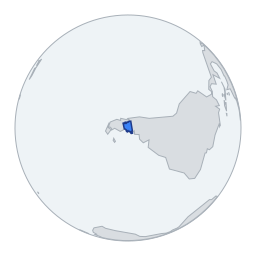 globe centered on Chubut, rotated 81°
{"feature_id": "ARG-1274", "entity_name": "Chubut", "entity_type": "Province", "adm_level": 1, "iso_a3": "ARG", "parent_name": "Argentina", "parent_adm1": "", "projection": "orthographic", "projection_center": [-67.684, -44.0], "detail": "fine", "context": "on_globe", "style": "filled", "palette": "blue", "viewbox_px": 256, "rotation_deg": 81, "n_neighbors": 0, "source": "natural_earth", "source_scale": "10m", "svg_char_len": 4767}
<svg xmlns="http://www.w3.org/2000/svg" viewBox="0 0 256 256"><g transform="rotate(81 128 128)"><circle cx="128" cy="128" r="113" fill="#eef3f6" stroke="#a8b0b8"/><path d="M133.5,15.5L134.2,15.5L135.9,15.6L138.2,15.8L131.3,15.5L130.1,15.4L132.5,15.5L128.8,15.4L123.8,15.6L124.6,15.7L116.1,16.6L116.7,16.9L115.1,17.3L114.8,16.9L115.2,17.9L105.3,20.9L105.6,24.4L101.1,22.4L96.8,23.1L91.7,24.5L91.6,25.0L84.9,26.8L78.5,30.4L75.6,34.6L77.6,36.6L85.1,34.0L87.6,31.5L93.3,29.6L88.7,35.7L98.5,34.0L97.3,38.6L100.1,40.5L105.1,39.0L110.3,39.5L114.1,36.2L120.2,34.3L120.2,38.1L123.7,34.5L127.0,36.2L139.2,36.4L138.2,37.3L148.5,43.1L159.7,47.2L162.2,51.0L160.9,52.9L164.8,54.4L164.8,55.8L180.3,62.9L188.2,70.0L187.9,75.5L181.2,79.6L175.0,93.5L163.0,95.4L159.8,101.9L150.3,111.1L143.0,109.1L145.0,115.2L140.9,118.3L136.2,118.1L135.3,122.4L131.8,122.3L134.1,125.3L128.5,131.1L130.2,136.1L126.2,141.2L127.4,144.4L125.9,144.3L124.3,145.5L124.1,147.3L119.3,144.6L117.7,137.7L119.4,134.1L117.3,133.7L120.7,125.0L118.5,126.9L118.8,114.9L121.8,105.5L123.4,81.8L120.9,77.7L112.2,73.6L101.7,61.0L104.4,55.3L102.2,53.3L109.6,45.5L107.7,40.2L105.1,39.8L102.5,42.2L93.8,40.7L90.9,37.7L65.4,42.3L63.1,42.2L63.6,40.1L57.9,40.0L59.1,42.4L56.3,43.4L54.6,43.4L56.3,41.9L56.1,41.3L55.6,41.7L62.2,36.6L69.2,31.9L76.6,27.8L84.2,24.2L92.1,21.3L100.1,18.9L108.3,17.1L116.7,15.9L125.1,15.4L133.5,15.5ZM104.8,26.1L116.1,27.0L109.5,28.0L110.8,27.4L108.0,26.8L102.7,26.8L96.9,28.5L104.8,26.1ZM110.3,22.9L108.3,23.0L110.3,22.7L110.3,22.9ZM127.5,150.7L119.7,145.7L124.1,147.8L126.9,144.9L131.0,149.0L127.5,150.7ZM135.9,143.7L139.2,142.5L140.1,143.5L137.9,144.6L135.9,143.7ZM231.2,173.1L231.5,171.3L228.1,177.4L227.9,175.7L225.6,178.6L223.5,178.9L221.3,177.2L221.0,169.0L223.6,165.8L227.5,156.3L234.0,137.4L236.9,133.3L238.0,127.9L237.5,111.3L237.8,106.7L237.0,102.6L235.7,99.9L234.5,95.1L233.5,93.0L225.0,82.5L220.7,74.9L211.5,58.8L211.8,56.6L208.9,51.8L209.6,50.3L215.0,56.5L220.0,63.1L224.5,70.0L228.5,77.2L232.0,84.7L234.9,92.4L237.2,100.4L238.9,108.4L240.1,116.6L240.6,124.9L240.5,133.1L239.8,141.3L238.6,149.5L236.7,157.5L234.2,165.4L231.2,173.1ZM213.2,54.3L213.5,54.7L213.2,54.3L213.2,54.3ZM139.6,36.4L141.0,37.3L139.1,37.2L139.6,36.4ZM108.5,29.4L110.9,29.1L112.1,29.5L110.2,29.8L108.5,29.4ZM129.1,28.1L131.9,28.4L128.9,28.6L129.1,28.1ZM117.8,27.2L126.8,28.0L121.0,29.1L115.4,28.7L119.3,28.2L117.8,27.2ZM108.9,24.4L110.4,24.4L109.9,24.9L108.9,24.4ZM111.7,22.7L111.1,22.8L110.4,22.6L111.7,22.7ZM179.1,226.4L176.8,227.4L178.1,226.5L179.1,226.4ZM221.3,191.2L220.7,191.9L222.8,188.5L225.5,184.3L226.3,183.0L221.3,191.2ZM54.5,210.9L53.9,209.4L57.1,211.7L61.3,214.8L64.7,218.0L54.5,210.9ZM80.8,230.3L78.0,228.9L80.2,229.8L82.7,231.0L82.3,230.9L80.8,230.3ZM51.6,208.3L48.7,206.0L47.0,205.4L48.1,205.3L46.4,202.5L53.1,208.5L51.6,208.3Z" fill="#d9dde1" stroke="#a8b0b8" stroke-width="1"/><path d="M121.8,124.6L122.0,124.5L122.1,124.4L122.0,124.2L131.7,124.1L131.8,124.2L131.9,124.3L132.0,124.4L132.1,124.5L132.3,124.6L132.5,124.7L132.5,124.9L132.5,125.0L132.8,125.0L133.2,125.0L133.3,124.9L133.3,124.7L133.2,124.7L132.9,124.7L133.1,124.6L133.3,124.5L133.4,124.4L133.6,124.4L133.8,124.4L133.8,124.5L133.9,124.8L133.9,125.1L133.9,125.4L133.9,125.5L133.8,125.8L133.7,125.8L133.4,125.9L133.2,125.9L133.0,125.7L133.0,125.4L132.9,125.3L132.9,125.2L132.7,125.2L132.4,125.2L132.2,125.4L131.9,125.5L132.0,125.7L132.1,125.8L132.4,126.0L132.5,126.0L132.8,126.0L132.6,126.3L132.2,126.4L131.9,126.6L131.8,126.8L131.7,126.9L131.6,127.0L131.4,127.2L131.3,127.4L131.3,127.5L131.4,127.8L131.4,128.0L131.5,128.0L131.4,128.0L131.5,128.1L131.5,128.3L131.4,128.4L131.4,128.5L131.5,128.7L131.5,128.8L131.4,128.8L131.3,129.0L131.2,129.1L131.3,129.1L131.2,129.1L131.3,129.2L131.2,129.2L131.0,129.3L130.9,129.3L130.8,129.5L130.7,129.6L130.8,129.8L131.0,129.8L130.9,129.9L130.9,130.0L130.7,130.0L130.4,130.1L130.2,130.0L129.9,130.1L129.7,130.1L129.7,130.3L129.4,130.4L129.1,130.4L129.0,130.5L128.9,130.6L128.7,130.9L128.6,131.0L128.5,131.3L128.4,131.4L128.4,131.5L128.2,131.7L128.2,131.8L122.6,132.1L122.6,131.9L122.4,131.8L122.4,131.7L122.4,131.4L122.4,131.2L122.5,131.2L122.8,131.1L122.7,130.9L122.9,130.8L123.0,130.7L122.9,130.5L122.9,130.4L122.7,130.3L122.7,130.2L122.4,130.1L122.2,130.0L122.0,129.9L121.9,129.9L121.9,129.7L122.0,129.7L122.3,129.6L122.5,129.7L122.8,129.7L123.0,129.7L123.0,129.4L123.2,129.2L123.1,128.9L122.9,128.9L122.7,128.9L122.4,128.9L122.2,128.9L122.2,128.7L122.1,128.4L122.4,128.1L122.3,127.8L122.2,127.8L122.2,127.7L122.3,127.5L122.3,127.4L122.2,127.3L122.0,127.2L121.9,127.1L122.0,126.9L122.2,126.7L122.0,126.4L121.8,126.4L121.7,126.4L121.6,126.2L121.6,125.9L121.6,125.7L121.5,125.4L121.6,125.2L121.6,124.9L121.6,124.7L121.8,124.6L121.8,124.6Z" fill="#3b82f6" stroke="#1e3a8a" stroke-width="1.5"/></g></svg>